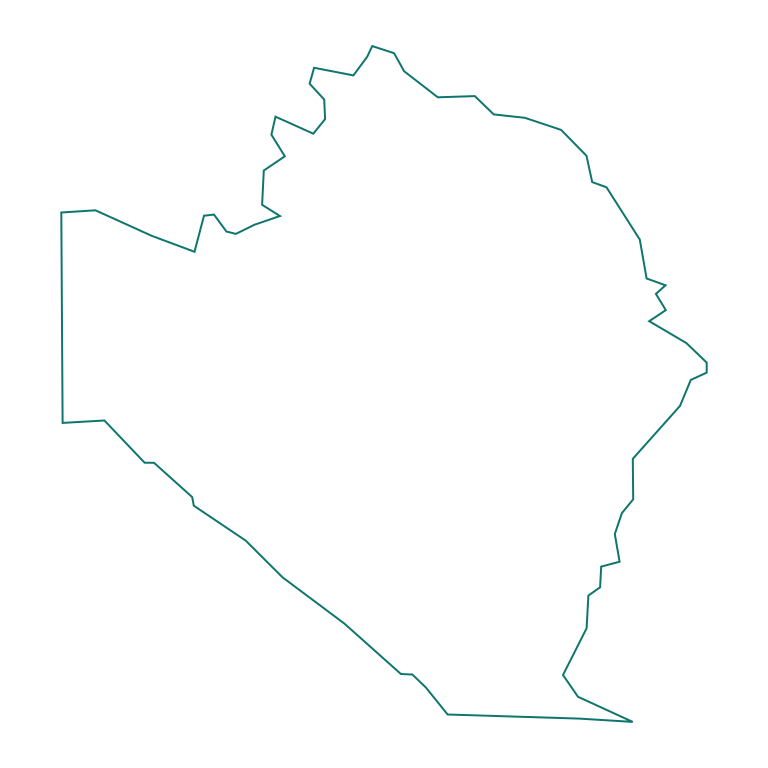 the district of Torodi, Tillabéri, Niger
{"feature_id": "23599985B58853598919637", "entity_name": "Torodi", "entity_type": "district", "adm_level": 2, "iso_a3": "NER", "parent_name": "Niger", "parent_adm1": "Tillabéri", "projection": "orthographic", "projection_center": [1.533, 13.115], "detail": "fine", "context": "isolated", "style": "outline", "palette": "teal", "viewbox_px": 768, "rotation_deg": 0, "n_neighbors": 0, "source": "geoboundaries", "source_scale": "gbopen_adm2", "svg_char_len": 966}
<svg xmlns="http://www.w3.org/2000/svg" viewBox="0 0 768 768"><path d="M254.3,224.8L235.9,233.9L226.4,231.5L214.0,214.6L204.0,215.7L194.5,251.8L151.9,235.9L95.4,210.3L61.3,212.5L62.6,422.9L104.4,420.5L144.6,462.7L154.0,462.8L192.2,497.1L193.8,505.7L245.8,540.7L282.6,577.4L344.4,623.6L400.9,674.0L412.3,674.5L425.8,687.4L447.6,714.5L579.3,718.6L632.7,721.9L578.0,696.8L563.0,675.0L586.6,628.3L588.4,595.5L600.1,587.3L601.2,566.6L619.6,561.7L614.8,534.1L621.9,513.1L633.2,499.3L632.8,458.8L680.0,405.9L690.8,379.9L706.7,372.6L706.7,362.6L686.4,343.1L649.2,321.2L665.8,310.1L655.9,293.9L665.5,285.3L646.6,278.5L639.8,239.6L606.5,187.3L592.2,182.1L586.5,155.8L561.1,129.9L524.8,117.8L493.7,114.4L474.8,96.1L437.8,97.3L404.1,71.2L394.1,53.2L372.2,46.1L367.3,56.6L353.4,75.4L314.1,67.8L309.6,83.7L324.2,99.5L325.1,119.1L313.3,133.7L275.5,116.7L271.4,134.7L284.8,156.3L263.8,170.5L262.1,204.8L279.9,216.0L254.3,224.8Z" fill="none" stroke="#0f766e" stroke-width="2"/></svg>